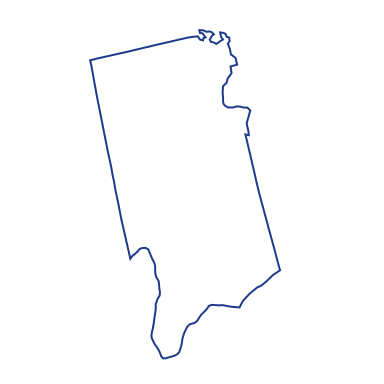 Terra Roxa, Paraná, Brazil (Mercator projection), rotated 167°
{"feature_id": "56859067B44295253149828", "entity_name": "Terra Roxa", "entity_type": "district", "adm_level": 2, "iso_a3": "BRA", "parent_name": "Brazil", "parent_adm1": "Paraná", "projection": "mercator", "projection_center": [-54.077, -24.189], "detail": "fine", "context": "isolated", "style": "outline", "palette": "blue", "viewbox_px": 384, "rotation_deg": 167, "n_neighbors": 0, "source": "geoboundaries", "source_scale": "gbopen_adm2", "svg_char_len": 1977}
<svg xmlns="http://www.w3.org/2000/svg" viewBox="0 0 384 384"><g transform="rotate(167 192 192)"><path d="M171.6,68.8L169.5,71.5L166.4,74.8L158.2,80.3L150.0,84.3L145.6,85.2L139.2,88.4L131.8,92.9L123.8,95.9L124.0,99.0L124.4,111.3L124.5,115.4L124.7,120.4L124.9,125.9L125.2,132.5L125.5,139.2L125.6,142.9L126.8,175.6L126.9,181.1L126.9,195.5L126.9,210.8L127.0,236.0L123.8,234.6L123.4,238.3L123.3,246.6L116.9,258.3L119.1,261.8L122.7,262.7L126.0,264.4L129.5,265.4L132.7,265.1L135.3,265.6L138.2,266.5L140.3,268.5L141.5,270.9L141.3,273.5L140.4,277.5L139.9,281.6L139.0,284.6L138.0,288.0L133.6,290.8L131.9,294.3L126.7,299.0L126.2,305.7L119.4,305.9L119.4,312.9L123.1,317.3L123.0,320.6L123.0,323.1L123.3,326.2L123.8,328.3L121.4,330.6L121.1,334.2L123.3,335.5L123.7,338.4L125.4,339.9L128.6,341.1L128.8,336.8L127.5,333.6L131.0,332.4L135.1,330.8L136.9,332.6L139.9,334.2L140.4,336.6L137.3,339.8L135.2,340.7L136.9,343.4L139.5,344.7L141.6,344.7L144.7,347.0L148.4,348.1L148.5,345.1L146.0,344.2L144.0,339.6L146.0,339.6L147.2,337.3L150.0,338.8L151.3,342.3L155.4,342.9L161.4,343.4L182.7,343.4L195.1,343.4L222.7,343.2L240.8,343.3L255.1,343.4L261.6,343.2L261.7,335.9L262.1,328.2L262.8,313.7L263.0,310.3L264.9,250.4L265.1,234.3L265.6,225.8L265.6,219.2L266.1,213.1L266.4,199.8L266.4,197.5L267.0,180.8L267.1,140.8L264.1,143.4L261.7,144.3L257.7,146.8L255.7,148.3L253.1,148.6L249.8,148.0L247.5,145.9L246.0,136.9L244.6,130.9L244.6,128.0L245.9,122.1L246.1,119.9L246.0,117.2L244.5,112.8L245.2,107.4L245.6,105.1L245.7,102.0L246.7,98.5L249.4,95.8L252.7,90.7L253.3,87.4L254.1,84.9L257.3,76.8L258.4,73.7L261.0,67.5L262.6,64.5L263.9,60.9L264.0,58.4L262.8,52.8L260.7,47.7L259.7,44.1L258.8,38.4L257.3,36.3L255.0,35.9L247.3,36.3L244.6,36.7L242.4,37.5L240.2,39.2L236.7,45.2L234.1,51.7L231.3,56.4L227.3,61.4L225.6,62.7L223.2,63.7L219.4,63.8L216.3,64.9L210.9,70.2L204.8,74.0L200.8,77.4L197.8,77.5L191.3,75.5L187.4,74.8L182.3,72.5L178.5,71.0L174.1,69.6L171.6,68.8Z" fill="none" stroke="#1e3a8a" stroke-width="2"/></g></svg>